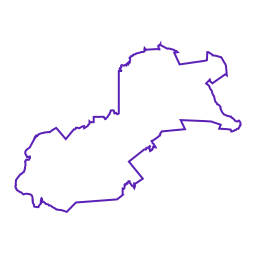 Saucillo, Chihuahua, Mexico (Mercator projection)
{"feature_id": "50627088B28449538232051", "entity_name": "Saucillo", "entity_type": "district", "adm_level": 2, "iso_a3": "MEX", "parent_name": "Mexico", "parent_adm1": "Chihuahua", "projection": "mercator", "projection_center": [-105.354, 28.012], "detail": "fine", "context": "isolated", "style": "outline", "palette": "violet", "viewbox_px": 256, "rotation_deg": 0, "n_neighbors": 0, "source": "geoboundaries", "source_scale": "gbopen_adm2", "svg_char_len": 5721}
<svg xmlns="http://www.w3.org/2000/svg" viewBox="0 0 256 256"><path d="M25.2,152.3L25.6,154.4L26.9,156.3L26.9,156.9L27.7,157.1L28.6,156.9L29.1,156.6L29.8,156.5L29.8,157.0L30.0,157.3L29.8,157.8L29.9,158.0L29.9,158.3L28.9,159.5L28.5,159.6L28.5,159.8L27.1,159.7L26.8,159.8L26.5,159.6L26.0,159.9L25.8,160.8L25.2,161.2L25.1,161.4L25.2,162.3L25.5,163.5L25.5,165.1L24.8,168.4L25.0,168.9L24.8,169.5L24.5,169.8L24.2,171.2L23.9,171.6L23.8,172.0L22.8,172.5L21.1,174.2L20.2,174.4L16.0,180.0L15.7,184.1L16.0,184.9L15.6,185.4L15.4,186.3L15.7,187.1L15.6,187.6L15.6,187.8L16.1,188.2L16.1,188.7L16.7,189.2L17.0,190.2L18.9,191.2L19.4,191.8L21.2,192.4L21.8,192.9L23.3,194.4L25.3,193.9L26.5,193.7L29.2,194.1L30.7,194.6L31.5,195.1L32.1,196.3L32.5,197.3L32.6,199.5L32.5,199.8L32.6,200.2L32.8,200.3L32.7,200.6L32.8,200.9L32.6,201.2L32.9,202.0L32.8,202.6L33.1,203.3L33.5,203.8L33.6,204.3L33.9,204.6L34.0,206.1L34.2,206.6L37.9,207.2L38.4,207.1L38.7,206.2L39.3,205.5L39.8,204.5L40.7,203.9L41.0,203.5L40.9,202.8L40.9,202.5L40.7,201.7L41.0,200.1L41.0,199.6L41.3,198.8L41.3,198.4L41.5,198.2L41.9,198.7L42.1,199.1L42.2,200.3L42.5,201.1L42.4,201.5L42.6,202.0L43.0,202.1L44.2,202.2L44.7,202.8L45.2,203.1L45.7,203.8L47.0,204.2L48.2,204.4L48.6,204.7L48.9,205.4L49.5,205.4L49.9,205.6L50.4,205.6L50.9,205.8L52.8,207.3L54.2,207.9L55.4,208.7L55.8,208.8L56.0,209.2L56.4,209.5L61.8,210.2L66.7,211.9L75.9,202.5L117.1,199.4L123.0,194.7L122.6,194.4L122.7,188.6L123.6,189.0L124.3,188.4L124.4,187.7L124.5,187.5L124.5,185.2L125.3,185.1L125.2,184.1L127.1,183.8L127.0,182.7L128.8,182.4L128.6,181.3L129.5,181.2L129.7,182.9L130.0,183.0L132.1,185.8L132.9,185.7L134.3,188.1L135.0,186.1L134.8,185.8L134.9,185.2L134.2,183.8L134.2,183.4L135.6,183.5L142.8,178.7L128.9,161.6L144.3,149.4L144.8,149.4L145.8,149.6L146.1,149.3L146.4,148.8L146.3,148.2L146.8,148.2L147.2,147.7L148.6,147.3L149.1,146.9L149.3,146.9L149.5,146.4L149.9,145.9L150.4,145.9L149.7,146.2L149.6,146.4L149.9,146.6L149.2,147.5L148.9,147.7L149.0,147.9L149.3,148.4L149.4,149.1L149.9,150.1L150.1,150.0L150.1,150.3L150.2,150.2L150.6,150.8L151.2,150.5L151.9,149.9L152.2,149.3L152.4,149.3L152.5,148.8L152.8,148.2L152.8,147.9L153.0,147.7L153.1,147.3L153.4,147.2L153.3,146.7L153.6,146.5L153.7,146.2L154.4,146.2L154.5,146.4L154.5,146.6L154.7,146.9L155.2,147.1L155.4,147.4L155.7,147.4L155.1,146.3L154.5,145.7L153.7,144.1L152.4,142.8L152.2,142.0L151.6,141.0L152.9,140.5L156.2,138.3L158.2,136.8L158.9,136.1L159.9,135.6L160.3,134.3L160.1,134.1L160.4,133.9L160.5,133.2L160.9,132.5L161.2,132.4L161.8,131.4L185.0,129.2L180.7,120.1L204.6,121.1L211.3,121.5L212.6,122.0L220.7,124.7L219.2,128.7L227.5,129.2L230.7,129.6L231.3,131.5L232.9,131.2L234.3,130.5L234.6,130.5L234.9,130.1L235.8,130.0L236.2,129.7L236.5,129.3L237.0,128.9L237.4,128.8L238.3,128.8L238.5,128.2L238.9,128.0L239.1,127.6L239.7,126.3L239.7,126.1L239.9,125.6L240.3,125.4L240.3,125.2L240.6,125.0L240.4,124.4L240.4,123.8L240.5,122.9L239.7,121.4L239.3,121.2L238.9,120.6L238.7,120.6L237.7,121.3L236.6,121.5L235.3,120.9L234.3,119.7L232.4,117.9L231.9,117.9L231.4,117.4L231.0,116.6L229.4,116.5L228.2,115.8L227.5,116.0L226.7,115.6L224.7,114.7L224.4,114.7L223.6,114.1L222.0,111.9L220.5,108.6L220.3,108.2L220.6,107.2L220.3,106.5L219.6,105.7L218.5,104.7L217.1,104.2L216.8,103.1L215.4,101.7L215.1,100.8L214.1,96.6L213.9,96.1L212.9,94.6L212.1,92.4L211.7,90.6L211.3,90.3L210.4,89.0L209.7,87.6L209.0,85.7L207.7,84.7L206.7,84.1L206.1,83.5L209.8,79.6L210.4,81.6L212.4,83.3L225.2,74.3L226.8,75.4L226.0,65.8L225.5,64.4L225.0,63.7L221.2,57.2L220.5,57.2L219.0,56.6L217.1,56.2L216.3,55.8L215.0,55.7L213.3,55.3L212.5,55.4L212.2,54.7L211.5,54.1L210.6,53.5L209.3,52.9L208.9,52.3L207.3,52.1L206.9,60.2L204.1,60.9L179.6,64.4L174.2,52.6L177.6,52.2L177.2,51.8L176.8,51.5L176.5,51.1L175.3,50.9L174.3,50.1L173.1,49.6L170.7,49.0L170.4,49.0L169.4,48.5L167.5,48.7L165.2,47.6L162.3,46.0L161.5,45.7L160.7,45.0L160.3,44.4L160.3,44.1L159.9,44.8L158.5,45.6L158.8,46.0L158.3,46.6L158.7,47.7L159.0,49.1L159.4,49.1L159.4,49.4L157.7,49.1L156.5,49.1L147.6,49.6L146.2,49.9L144.6,48.1L144.4,49.2L144.5,50.6L144.6,51.2L144.5,51.5L143.4,51.8L142.8,52.0L141.6,52.0L139.6,52.7L137.2,53.2L136.7,53.5L136.1,53.5L135.4,54.2L135.1,54.2L134.5,54.5L133.8,54.5L133.4,54.9L133.1,54.8L132.9,55.3L132.9,55.5L132.3,55.7L132.2,56.0L131.8,56.1L131.5,56.4L130.8,56.3L130.5,56.6L130.4,57.0L130.0,57.5L129.7,57.7L129.5,58.0L129.9,58.3L130.2,58.8L130.2,60.1L129.9,60.8L129.9,61.1L129.4,61.3L129.2,61.7L129.8,62.5L129.6,62.8L129.1,63.0L128.9,63.2L128.3,63.0L128.2,63.6L128.2,64.2L127.9,64.0L128.0,63.8L127.7,63.3L127.5,63.2L127.3,63.4L127.3,63.7L127.1,64.0L126.7,64.9L126.5,64.4L126.3,64.3L125.8,64.8L124.5,65.2L124.7,65.4L123.9,65.7L121.7,65.1L121.2,65.4L121.1,65.9L121.3,66.2L121.1,66.9L121.2,67.3L120.7,67.9L119.8,68.2L119.6,68.7L119.9,69.0L120.0,69.8L120.4,69.8L120.5,70.1L120.8,70.0L121.0,70.3L120.7,70.4L120.9,71.0L118.8,71.0L118.8,113.5L117.2,114.2L116.8,114.0L116.3,113.2L115.9,112.8L114.5,113.4L114.3,113.3L114.0,111.0L113.9,110.7L113.0,110.3L111.6,110.5L111.1,110.4L110.7,110.5L110.6,110.8L110.5,111.8L109.8,112.9L109.7,113.5L109.5,113.8L109.6,114.2L108.5,115.2L107.6,116.9L106.0,118.3L105.9,118.8L105.6,118.9L105.1,119.1L103.7,116.8L93.7,116.9L93.7,121.2L93.6,122.2L90.6,122.2L89.9,121.8L89.5,121.4L89.5,123.4L89.2,124.1L88.4,124.6L88.1,125.4L87.5,126.1L84.2,128.2L84.0,126.1L82.4,126.4L79.4,128.2L76.9,127.7L76.4,128.0L75.9,127.9L75.7,128.6L75.4,128.9L75.2,129.2L75.1,129.3L73.8,129.4L65.8,139.1L56.2,127.9L52.7,129.9L49.5,132.3L48.3,131.9L46.6,132.4L44.5,132.4L43.5,132.9L41.3,133.3L39.8,133.8L39.4,134.2L38.6,134.4L38.1,134.7L37.9,134.9L37.8,135.5L37.4,135.9L36.7,135.8L36.2,135.5L35.0,137.0L35.7,137.2L34.1,139.2L34.2,139.3L29.7,147.5L26.4,149.9L25.4,151.5L25.2,152.3Z" fill="none" stroke="#5b21b6" stroke-width="2"/></svg>